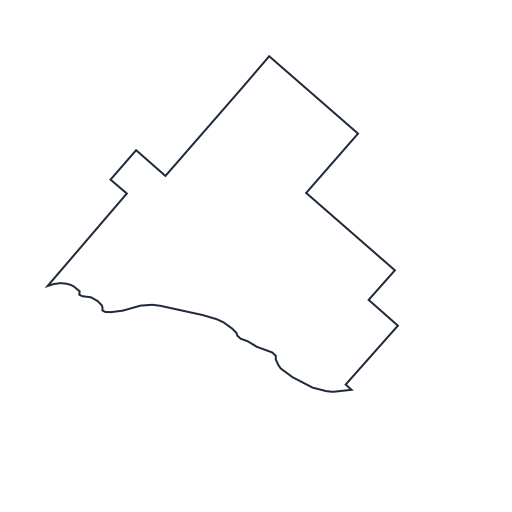 Ontonagon, Michigan, United States of America (orthographic projection), rotated 221°
{"feature_id": "52423323B11182696973268", "entity_name": "Ontonagon", "entity_type": "district", "adm_level": 2, "iso_a3": "USA", "parent_name": "United States of America", "parent_adm1": "Michigan", "projection": "orthographic", "projection_center": [-89.321, 46.682], "detail": "fine", "context": "isolated", "style": "outline", "palette": "slate", "viewbox_px": 512, "rotation_deg": 221, "n_neighbors": 0, "source": "geoboundaries", "source_scale": "gbopen_adm2", "svg_char_len": 788}
<svg xmlns="http://www.w3.org/2000/svg" viewBox="0 0 512 512"><g transform="rotate(221 256 256)"><path d="M376.8,375.6L376.9,257.0L415.9,257.2L415.9,218.2L394.5,218.4L393.6,96.6L390.3,102.1L385.6,107.4L381.4,110.4L377.0,112.6L373.5,113.5L365.9,113.6L364.0,110.9L360.7,111.7L353.4,116.6L346.1,118.1L340.0,117.6L337.9,116.3L336.2,114.1L333.0,114.9L328.7,118.4L320.8,127.2L310.5,142.9L302.2,151.2L295.6,155.6L257.4,176.5L244.0,182.6L237.1,184.6L226.4,185.6L220.3,185.1L217.8,183.6L213.2,183.5L206.4,186.2L195.8,188.0L180.3,193.9L175.5,193.6L173.2,190.9L167.5,188.3L163.5,187.3L148.9,188.5L126.9,193.8L114.0,200.3L108.8,204.0L96.1,217.7L104.0,217.8L103.2,296.5L142.2,296.8L141.8,336.3L259.5,336.5L259.3,415.3L377.1,415.4L376.8,375.6Z" fill="none" stroke="#1e293b" stroke-width="2"/></g></svg>